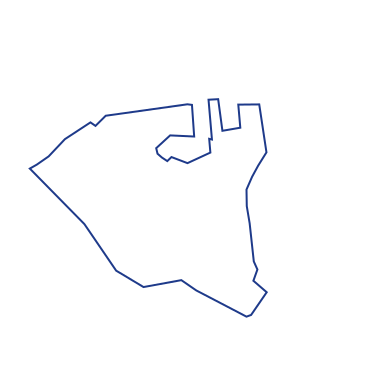 the district of Dong-gu [East District], Busan, South Korea, rotated 226°
{"feature_id": "91817680B24548286345957", "entity_name": "Dong-gu [East District]", "entity_type": "district", "adm_level": 2, "iso_a3": "KOR", "parent_name": "South Korea", "parent_adm1": "Busan", "projection": "albers", "projection_center": [129.049, 35.126], "detail": "fine", "context": "isolated", "style": "outline", "palette": "blue", "viewbox_px": 384, "rotation_deg": 226, "n_neighbors": 0, "source": "geoboundaries", "source_scale": "gbopen_adm2", "svg_char_len": 693}
<svg xmlns="http://www.w3.org/2000/svg" viewBox="0 0 384 384"><g transform="rotate(226 192 192)"><path d="M321.5,91.6L243.7,92.3L229.5,89.9L188.1,82.8L157.3,91.1L136.0,123.1L118.2,126.7L64.5,144.6L62.5,149.1L68.0,176.1L85.5,174.5L90.8,185.2L99.1,188.2L129.4,211.7L143.8,221.6L155.9,232.9L161.2,245.8L165.0,257.9L168.8,273.1L208.3,301.2L222.7,286.0L204.7,271.4L214.9,256.4L240.6,275.3L246.9,268.0L215.9,242.8L218.3,241.3L207.6,232.6L215.9,208.8L231.4,201.5L231.4,195.7L237.7,194.3L243.5,193.8L248.4,196.7L247.9,215.6L230.4,232.1L254.7,252.5L258.3,249.6L306.8,182.9L306.6,168.5L312.6,167.3L318.3,137.3L317.2,113.6L319.5,99.4L321.5,91.6Z" fill="none" stroke="#1e3a8a" stroke-width="2"/></g></svg>